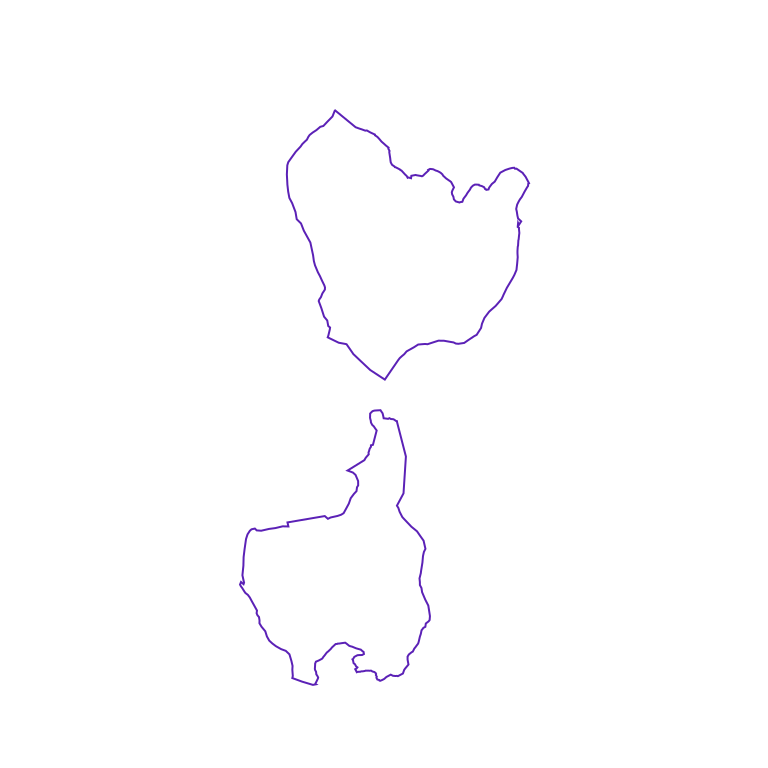 Assuit, Asyut, Egypt (Robinson projection), rotated 242°
{"feature_id": "37247803B81923803494172", "entity_name": "Assuit", "entity_type": "district", "adm_level": 2, "iso_a3": "EGY", "parent_name": "Egypt", "parent_adm1": "Asyut", "projection": "robinson", "projection_center": [31.15, 27.164], "detail": "fine", "context": "isolated", "style": "outline", "palette": "violet", "viewbox_px": 768, "rotation_deg": 242, "n_neighbors": 0, "source": "geoboundaries", "source_scale": "gbopen_adm2", "svg_char_len": 6155}
<svg xmlns="http://www.w3.org/2000/svg" viewBox="0 0 768 768"><g transform="rotate(242 384 384)"><path d="M648.5,469.3L648.4,468.8L644.4,464.1L642.0,456.6L640.3,451.6L641.0,448.5L639.9,443.5L639.5,439.1L638.8,435.3L637.8,433.3L635.9,430.6L635.2,427.9L634.2,424.5L632.8,421.8L630.5,415.1L626.8,407.6L624.8,403.6L622.5,401.3L614.6,396.6L609.0,394.0L605.4,392.3L598.8,389.7L592.7,387.8L586.8,387.8L577.4,386.6L570.5,384.3L564.7,386.1L557.0,385.2L543.5,385.4L530.9,381.8L525.5,379.8L521.2,378.8L513.8,378.1L509.3,378.1L504.6,377.8L499.0,377.6L496.9,377.2L495.1,376.1L492.9,372.1L490.3,369.1L489.0,366.5L487.9,365.3L480.4,364.3L471.6,362.7L466.7,363.7L461.4,362.0L459.2,362.9L457.4,361.6L452.9,357.6L451.6,356.2L441.7,363.4L437.5,368.7L436.7,369.6L426.6,370.8L424.6,371.0L423.9,371.3L414.3,374.5L402.8,378.4L393.5,383.5L387.5,386.8L398.4,407.7L399.5,410.1L400.2,412.9L400.8,415.8L402.2,419.3L402.4,428.0L402.8,432.7L401.6,435.5L400.1,439.0L398.7,441.1L398.1,444.6L396.7,452.4L394.0,457.3L390.7,461.5L388.0,465.0L386.0,466.4L384.6,468.5L382.6,474.1L383.2,479.0L383.9,486.1L383.9,488.9L384.7,490.3L387.9,496.0L391.2,498.8L395.2,503.7L398.5,510.8L399.2,513.6L400.5,519.2L403.8,527.7L405.8,530.4L406.5,531.2L411.2,537.6L417.2,547.5L419.1,550.3L422.5,554.5L427.8,558.1L433.2,561.6L436.5,563.1L438.8,564.3L442.5,566.6L443.2,567.3L447.8,570.1L448.5,570.8L451.8,573.0L453.8,574.4L457.2,575.8L458.5,576.5L459.9,575.8L463.2,578.0L461.2,577.9L463.2,581.5L467.2,580.1L469.9,580.8L473.9,582.2L476.5,582.9L479.9,585.8L481.9,588.6L483.2,590.7L484.5,593.5L487.9,598.5L489.2,600.6L490.5,602.7L491.2,604.1L493.2,605.5L493.2,606.3L500.5,606.3L504.5,605.6L505.2,605.6L511.9,602.1L512.6,600.7L513.8,600.5L514.6,598.6L515.3,595.8L516.0,591.6L516.0,585.9L513.3,581.0L510.7,576.8L510.0,573.2L508.7,570.4L508.0,569.0L506.7,567.6L507.4,565.5L508.0,565.5L508.7,564.8L510.0,564.8L510.7,564.8L512.7,563.4L513.4,562.7L514.7,561.3L515.4,561.3L516.7,559.2L517.4,557.8L517.4,555.7L516.8,553.6L516.1,552.2L515.4,551.4L514.1,548.6L513.4,547.2L512.1,545.1L510.5,541.6L510.1,540.9L509.4,540.2L508.1,538.7L508.8,536.6L508.8,535.9L510.8,533.8L511.5,533.1L514.2,532.4L516.8,533.2L519.5,533.2L521.5,533.9L522.8,535.3L524.8,538.1L529.5,538.1L530.8,538.1L532.2,537.5L533.5,536.8L534.9,536.1L536.2,535.4L538.2,534.7L540.2,534.0L541.6,534.0L543.6,533.3L544.9,532.6L546.9,531.2L548.3,529.8L550.3,528.4L550.9,527.7L552.3,525.6L552.3,523.5L551.6,523.5L550.3,518.5L549.6,516.4L549.6,515.0L550.3,514.3L553.0,510.8L553.7,510.1L555.0,505.9L553.0,504.5L555.0,502.4L555.0,501.7L557.0,501.7L559.0,501.0L564.4,499.6L565.1,498.9L565.7,498.9L567.8,497.5L569.8,496.1L570.4,495.4L571.1,495.4L572.4,494.7L573.8,494.0L575.8,494.0L576.5,494.0L578.5,494.7L580.5,495.5L582.5,496.2L584.5,496.9L586.5,497.6L587.1,498.3L589.8,498.3L590.5,499.0L593.8,497.6L595.8,496.9L599.2,495.6L602.5,494.9L605.2,494.2L607.9,492.8L608.5,493.1L610.6,491.5L612.6,490.0L615.9,487.9L616.5,486.4L619.4,483.8L620.1,483.1L621.9,481.4L622.6,480.8L624.0,479.5L648.5,469.3ZM324.7,311.2L320.4,315.0L317.1,316.2L310.5,315.6L306.6,313.6L305.5,311.7L302.3,309.4L301.1,305.9L298.8,301.0L294.9,296.8L292.1,292.6L288.9,287.7L288.7,284.8L289.3,281.1L291.2,274.2L291.3,271.2L295.2,269.7L307.1,233.8L303.1,232.7L305.9,227.7L307.8,220.4L310.0,214.5L312.1,206.7L314.5,202.9L317.0,202.1L317.9,198.8L317.4,196.7L315.3,192.9L311.9,189.4L303.4,183.2L297.1,178.8L289.5,174.5L281.6,169.2L275.9,167.6L274.3,167.2L273.2,166.0L276.3,164.8L274.5,162.7L272.5,162.7L270.7,163.0L266.4,163.3L264.6,163.5L261.7,164.8L258.5,165.3L254.7,165.3L249.3,165.4L243.6,165.5L241.4,163.9L239.3,163.7L236.9,164.2L233.7,163.1L231.2,161.7L227.2,161.9L221.4,163.1L216.1,162.1L211.3,162.2L207.3,163.6L203.2,165.5L198.2,168.7L194.5,172.0L189.7,173.6L182.8,172.2L178.0,170.9L174.7,168.9L169.0,166.4L167.4,165.0L159.6,172.0L151.7,180.0L150.8,182.9L151.5,182.5L153.0,184.7L153.9,185.9L154.9,187.3L155.8,188.1L156.5,188.1L157.1,188.1L158.1,188.1L159.3,187.9L161.8,188.9L163.8,188.9L164.9,189.2L168.3,191.3L169.4,191.9L170.8,193.5L170.7,194.5L170.5,196.6L170.5,199.4L170.5,200.2L170.8,201.1L171.4,202.1L172.3,204.3L173.3,206.4L173.8,207.6L174.1,209.3L174.6,211.0L175.1,212.8L175.8,214.3L177.1,219.2L176.5,220.6L176.5,221.3L175.8,222.7L175.1,224.8L173.8,228.3L172.4,229.0L169.1,230.4L167.7,231.8L167.1,232.5L163.7,235.3L161.0,238.1L160.4,238.8L158.4,239.5L157.0,240.2L155.0,239.5L155.0,237.4L156.4,234.6L157.0,233.2L157.0,231.8L157.0,231.1L157.0,229.7L155.7,227.6L155.7,226.9L154.4,226.9L153.2,226.5L151.7,226.1L150.2,226.8L147.7,226.8L146.3,227.5L145.7,226.1L145.7,224.7L143.7,224.7L142.3,224.7L142.3,225.4L141.0,228.2L141.0,228.9L140.3,230.3L139.6,232.4L139.6,233.1L137.6,236.7L136.9,238.1L135.6,238.8L134.3,240.2L132.9,240.9L131.6,240.9L130.9,240.2L128.9,240.2L128.2,239.4L126.9,239.4L126.2,239.4L124.9,240.8L124.2,240.8L123.7,241.4L123.5,243.7L123.5,245.8L124.2,248.6L124.2,250.0L124.2,252.8L124.2,253.5L122.2,254.9L120.8,257.0L120.2,258.4L119.5,259.1L119.5,260.5L119.5,261.9L119.5,264.8L122.1,267.6L122.8,269.0L124.8,273.9L129.5,275.4L132.2,276.8L133.5,278.9L134.2,282.4L134.2,283.8L136.2,286.6L136.8,288.1L137.5,289.5L138.8,292.3L140.2,293.7L144.2,297.2L145.5,298.6L146.2,299.3L148.9,301.5L149.6,303.1L150.2,304.3L150.2,306.5L152.9,308.5L153.5,312.0L154.2,313.5L157.5,315.6L161.5,317.0L167.6,319.1L174.2,319.2L182.3,319.9L186.3,321.3L188.3,321.3L189.6,321.3L192.3,322.7L195.7,324.1L199.7,327.7L201.7,329.1L204.6,331.3L208.3,334.1L213.7,337.6L217.0,340.4L219.0,343.2L227.1,345.4L232.4,344.7L238.4,344.0L241.8,342.6L245.1,341.2L255.2,338.4L257.9,337.7L263.9,337.8L267.9,338.5L270.5,338.3L278.3,349.9L309.7,369.3L344.1,377.6L345.1,378.0L345.8,377.2L347.7,376.3L348.7,375.5L349.8,373.7L351.3,372.7L351.3,371.3L352.8,369.2L353.9,367.6L356.1,368.3L358.8,369.0L360.3,368.8L362.5,368.6L363.9,365.6L364.8,363.6L365.1,362.8L365.4,361.1L364.9,359.3L364.4,357.9L362.1,356.6L360.7,355.8L358.8,355.3L358.1,355.2L356.1,354.4L353.4,354.4L351.4,355.1L349.4,355.3L346.4,355.7L335.5,345.7L335.8,344.4L336.0,343.7L334.7,343.0L334.1,341.9L333.7,341.2L333.1,340.5L332.0,339.5L330.7,338.1L329.1,337.5L328.5,336.0L328.0,334.6L327.2,332.8L326.0,331.0L324.7,311.2Z" fill="none" stroke="#5b21b6" stroke-width="2"/></g></svg>